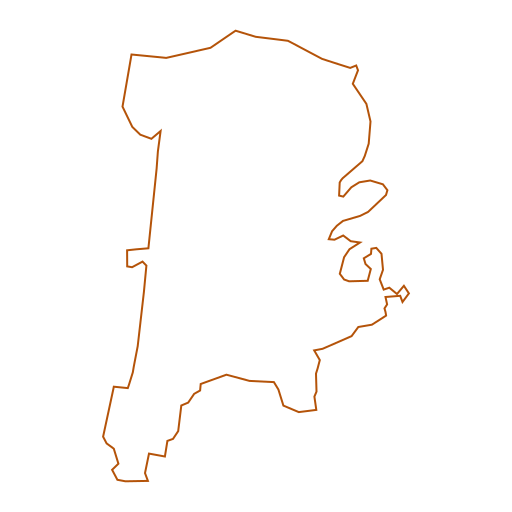 the district of Barceloneta, Puerto Rico
{"feature_id": "32010507B67293545491700", "entity_name": "Barceloneta", "entity_type": "district", "adm_level": 2, "iso_a3": "PRI", "parent_name": "Puerto Rico", "parent_adm1": "", "projection": "albers", "projection_center": [-66.554, 18.44], "detail": "fine", "context": "isolated", "style": "outline", "palette": "amber", "viewbox_px": 512, "rotation_deg": 0, "n_neighbors": 0, "source": "geoboundaries", "source_scale": "gbopen_adm2", "svg_char_len": 1771}
<svg xmlns="http://www.w3.org/2000/svg" viewBox="0 0 512 512"><path d="M131.5,54.5L130.6,59.8L122.6,106.1L122.5,106.6L132.3,126.9L140.3,134.7L151.4,138.8L160.6,131.0L157.9,151.3L156.6,168.8L148.4,248.3L136.4,249.3L127.1,250.3L127.2,266.4L132.1,267.2L142.0,261.9L142.5,261.6L146.4,265.6L143.9,292.0L137.7,346.2L133.8,366.5L132.8,372.4L129.0,384.6L127.8,388.1L113.8,386.7L113.4,388.8L103.1,436.7L106.6,443.4L113.8,448.7L118.4,463.7L112.1,469.8L117.4,479.8L122.8,480.8L125.4,481.3L147.9,480.9L145.0,473.1L149.0,453.6L164.9,456.5L167.4,440.9L173.0,438.9L178.2,431.1L181.3,405.5L188.2,402.6L194.2,393.8L200.1,390.5L200.7,384.0L226.4,374.7L249.5,380.9L273.9,382.1L278.4,389.5L283.4,405.6L298.8,412.1L316.3,409.9L314.4,396.6L316.5,391.6L316.0,373.6L317.6,368.5L319.8,360.1L314.2,350.4L322.6,348.8L351.6,336.1L358.3,327.0L371.9,324.7L386.1,315.6L386.1,315.4L385.5,312.0L384.5,308.4L387.1,304.4L385.5,297.0L400.2,295.8L402.5,302.0L408.9,293.4L403.9,285.8L397.0,294.0L389.3,287.7L383.7,289.6L379.7,279.3L383.0,269.8L381.5,253.8L376.3,247.9L371.4,248.7L371.0,253.9L363.8,258.3L365.5,264.0L370.8,269.0L367.7,280.8L349.1,281.3L344.1,279.5L339.8,273.8L344.1,257.2L349.5,249.2L360.0,242.5L350.7,241.2L343.2,235.5L334.5,239.7L328.8,239.2L332.1,231.2L336.9,225.7L343.0,220.9L360.1,215.9L368.1,211.9L386.0,195.0L387.4,190.2L382.9,184.3L370.2,180.5L359.3,182.3L351.3,187.3L343.3,196.6L339.1,195.6L339.7,182.5L341.1,180.1L342.7,178.2L362.4,161.2L364.8,155.9L368.7,143.7L370.5,121.5L366.4,103.9L352.8,83.8L358.0,70.3L356.2,65.5L350.2,67.9L338.5,64.2L326.1,60.2L324.4,59.6L322.1,58.9L289.5,41.6L287.9,40.8L282.5,40.1L261.4,37.5L255.7,36.8L235.6,30.7L232.3,32.9L210.5,47.8L197.3,50.8L195.7,51.2L170.6,56.9L166.2,57.9L162.4,57.5L131.5,54.5Z" fill="none" stroke="#b45309" stroke-width="2"/></svg>